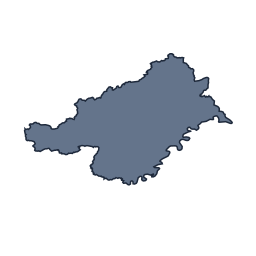 the district of Bojayá (Bellavista), Chocó, Colombia, rotated 70°
{"feature_id": "7082276B24330192528349", "entity_name": "Bojayá (Bellavista)", "entity_type": "district", "adm_level": 2, "iso_a3": "COL", "parent_name": "Colombia", "parent_adm1": "Chocó", "projection": "equal_earth", "projection_center": [-77.12, 6.441], "detail": "fine", "context": "isolated", "style": "filled", "palette": "slate", "viewbox_px": 256, "rotation_deg": 70, "n_neighbors": 0, "source": "geoboundaries", "source_scale": "gbopen_adm2", "svg_char_len": 5809}
<svg xmlns="http://www.w3.org/2000/svg" viewBox="0 0 256 256"><g transform="rotate(70 128 128)"><path d="M117.0,223.3L117.9,222.8L119.0,220.4L118.9,219.7L120.0,218.6L119.3,214.2L119.3,212.7L119.8,211.4L119.9,209.7L120.4,208.9L121.4,208.8L123.6,207.7L123.8,204.5L124.2,203.5L124.3,201.7L124.7,201.0L125.2,201.4L126.1,200.6L127.8,201.0L128.3,200.5L128.7,199.0L129.5,199.2L130.5,196.6L131.5,195.9L131.9,194.9L132.0,194.1L131.4,192.4L131.7,192.2L132.2,190.2L132.9,189.0L132.2,187.3L132.7,186.7L132.6,185.4L133.0,183.5L132.1,180.3L130.6,181.0L129.5,180.1L128.9,181.2L128.5,181.1L128.7,177.3L129.8,175.2L130.4,174.8L130.3,173.4L130.8,172.0L133.3,167.8L134.4,167.2L134.0,166.4L134.0,165.4L134.7,164.9L134.8,163.6L135.3,162.7L136.6,162.1L139.1,163.4L139.8,164.7L141.1,165.4L141.4,166.7L142.0,167.1L142.5,168.7L143.7,170.1L144.7,169.9L145.1,170.3L146.2,170.6L146.3,171.3L147.5,172.8L148.8,172.6L149.6,173.5L149.5,174.0L150.2,174.9L150.0,175.6L150.7,176.5L151.9,176.1L152.7,176.6L153.0,175.7L153.8,176.2L154.2,175.4L155.7,176.1L156.1,176.5L156.3,176.1L156.8,176.3L157.1,175.9L158.5,176.0L158.7,175.5L159.1,175.5L159.4,176.3L159.7,176.2L161.0,174.7L160.9,173.6L163.3,171.8L163.7,170.6L164.2,170.2L164.2,169.5L165.2,169.2L165.5,168.1L166.0,168.0L166.1,167.4L166.5,167.3L167.7,167.9L167.4,166.9L167.8,166.3L167.7,165.8L170.0,164.4L170.5,163.5L170.4,162.3L171.2,160.9L170.6,158.9L171.1,157.7L170.5,156.3L171.9,154.7L171.6,153.5L172.4,152.4L172.7,152.3L172.7,151.5L173.9,150.7L174.3,151.0L174.3,151.8L174.9,151.9L176.0,150.1L177.2,151.5L178.4,151.1L179.0,148.7L181.3,147.3L181.8,146.4L181.5,144.9L179.4,144.0L179.0,143.5L179.0,142.8L179.5,141.9L180.1,141.7L182.2,142.3L182.9,141.0L182.8,139.2L182.1,138.2L178.2,135.4L177.6,133.4L177.8,132.4L178.4,131.8L179.3,131.8L181.0,132.7L182.2,132.5L183.1,131.4L183.4,129.5L182.9,128.5L182.3,128.1L179.7,129.9L178.7,129.8L177.8,129.1L177.5,128.0L178.0,125.5L180.0,122.8L179.9,120.0L180.3,119.9L180.7,120.2L181.1,122.2L182.1,122.3L182.6,120.7L182.3,118.9L180.8,116.6L178.2,114.9L177.2,112.5L176.8,112.2L175.9,112.6L174.2,116.6L173.3,117.0L172.7,112.3L173.4,108.0L172.0,108.0L170.1,109.4L169.6,109.0L168.7,106.1L168.2,101.2L167.9,99.7L165.6,97.2L164.8,97.0L164.1,97.3L162.5,99.8L161.8,99.7L161.0,98.4L159.6,95.4L159.5,93.9L160.9,89.7L161.6,88.7L162.5,88.3L165.0,88.7L165.8,88.4L166.5,87.5L166.7,85.9L166.0,84.4L163.9,83.4L159.3,84.6L157.9,83.9L157.2,82.2L157.2,81.1L157.7,79.8L159.4,77.8L160.0,76.6L160.2,75.5L159.7,74.4L158.8,73.5L157.7,74.0L156.3,76.4L155.7,79.0L155.0,79.5L153.4,78.6L152.8,77.7L152.3,72.6L152.5,70.2L152.3,70.2L151.3,72.0L150.2,72.8L149.0,72.6L148.1,71.2L148.4,69.7L150.4,68.9L151.2,67.6L151.8,65.8L153.5,64.4L153.0,62.4L152.3,61.5L151.5,61.2L149.7,61.5L149.3,61.1L148.6,58.5L147.6,56.8L148.5,52.2L147.9,48.0L149.2,45.2L148.9,44.6L147.5,44.5L146.9,44.2L146.6,43.2L146.7,41.3L147.0,40.4L149.2,39.5L151.5,39.7L153.1,40.7L153.7,40.5L155.5,34.0L158.7,30.2L159.1,29.0L158.7,28.3L157.6,28.4L155.2,29.6L151.4,32.6L149.6,32.7L148.4,32.1L147.4,33.1L145.7,33.1L144.6,34.2L143.4,36.6L141.1,35.6L139.8,35.7L138.4,36.4L135.7,39.3L132.2,37.6L129.9,38.9L127.2,39.5L127.0,40.1L126.5,40.2L126.0,41.0L125.5,41.0L126.1,42.1L125.9,42.7L125.2,43.3L125.5,43.9L125.4,44.6L123.8,45.0L124.0,45.5L123.7,46.2L123.9,47.8L123.1,48.0L122.8,48.3L123.0,49.0L122.3,49.4L121.2,48.5L121.3,47.1L120.7,46.5L120.2,45.4L118.7,44.1L118.6,43.2L119.0,42.4L118.9,41.6L118.0,40.3L117.7,39.1L114.7,38.0L112.9,36.8L111.2,36.4L109.2,35.3L108.5,35.4L107.7,36.1L107.3,37.2L107.3,40.4L107.7,41.6L107.8,45.0L106.9,49.3L105.4,49.4L103.6,48.0L102.3,48.4L101.7,47.9L100.7,48.2L98.3,47.9L96.9,46.7L95.7,46.4L94.3,47.1L93.8,48.8L92.4,49.3L91.8,50.3L90.2,49.9L89.2,50.5L87.3,51.1L85.4,53.6L82.2,52.5L81.1,51.7L80.2,53.1L80.0,55.0L79.6,55.2L79.1,57.3L78.5,58.3L77.8,58.6L77.0,60.1L75.6,60.5L74.8,60.2L74.2,60.5L74.1,61.0L73.3,61.2L72.6,63.1L73.3,65.6L73.8,65.5L74.1,65.9L74.6,65.5L76.4,66.4L75.8,69.2L76.6,69.6L77.1,70.8L76.8,71.4L76.9,72.3L76.1,73.3L76.8,75.6L75.9,77.5L74.8,78.2L74.9,81.4L74.6,82.0L75.1,84.9L75.6,84.9L76.0,84.2L77.1,84.7L77.6,84.5L78.0,85.1L78.7,84.7L79.1,84.8L79.8,86.2L80.5,86.6L80.7,89.9L81.3,91.1L81.5,91.3L81.8,90.8L82.3,91.6L83.0,90.7L84.2,91.3L83.5,94.8L85.1,94.3L86.0,96.3L86.0,97.4L86.7,98.9L86.8,100.8L87.8,101.9L86.0,109.7L85.2,109.9L84.7,111.5L85.1,112.6L84.4,114.6L84.6,115.3L85.8,116.4L85.0,116.9L85.3,118.5L87.2,120.6L87.3,121.6L86.7,122.9L85.1,123.1L85.2,124.4L86.4,125.3L87.4,128.9L86.9,129.6L84.9,128.8L84.6,129.8L83.4,130.3L83.0,131.8L84.7,134.7L86.2,135.5L85.8,137.2L86.1,138.6L87.5,140.1L87.8,141.0L88.5,141.5L88.8,142.2L90.4,143.2L90.4,143.7L89.6,144.3L89.7,146.1L89.3,146.9L89.9,147.9L90.2,149.6L89.4,150.1L88.3,150.1L88.1,150.5L87.4,150.5L87.0,151.0L87.0,153.2L86.6,154.8L87.0,156.7L88.1,158.9L87.0,159.6L86.3,161.5L84.5,162.3L84.2,164.0L84.9,165.0L86.2,166.1L86.4,166.8L86.8,167.0L87.1,169.6L87.5,170.2L88.7,169.9L89.7,168.7L90.6,169.0L91.8,168.5L92.5,168.7L93.5,169.8L95.1,169.7L95.7,170.1L96.7,170.1L97.2,170.4L98.0,172.0L98.8,172.3L99.0,173.7L99.9,175.0L100.4,174.8L101.6,175.7L100.7,177.0L99.9,177.4L99.3,179.3L98.9,179.3L99.0,180.8L98.6,182.7L99.1,182.8L99.9,183.6L100.5,183.5L100.5,184.5L101.3,186.0L100.8,187.9L101.5,190.2L101.5,191.4L102.7,192.6L102.8,193.3L103.3,193.2L104.1,194.3L103.8,197.5L103.0,199.7L102.2,200.4L101.0,200.1L99.4,200.7L98.5,201.7L96.7,204.4L95.4,208.6L94.2,209.8L93.2,210.1L92.5,211.8L91.2,212.6L90.9,214.3L91.6,215.5L91.4,217.3L90.9,217.9L90.9,219.2L91.6,219.7L92.5,219.1L94.0,219.4L94.4,219.9L95.3,222.1L94.6,222.5L94.4,224.6L93.6,225.0L94.2,225.1L95.1,226.1L98.5,226.6L99.2,226.0L99.5,226.7L100.9,227.2L102.5,227.0L103.4,227.7L104.5,227.6L105.4,227.0L105.4,226.0L106.3,224.9L106.9,223.2L108.7,220.9L110.9,220.6L111.5,221.2L112.2,223.4L112.8,223.5L114.3,222.3L115.8,222.4L117.0,223.3Z" fill="#64748b" stroke="#1e293b" stroke-width="1.5"/></g></svg>